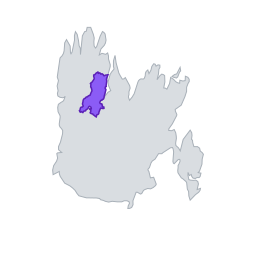 location of Limerick within Ireland, rotated 111°
{"feature_id": "IRL-726", "entity_name": "Limerick", "entity_type": "County", "adm_level": 1, "iso_a3": "IRL", "parent_name": "Ireland", "parent_adm1": "", "projection": "equal_earth", "projection_center": [-8.682, 52.516], "detail": "fine", "context": "in_parent", "style": "filled", "palette": "violet", "viewbox_px": 256, "rotation_deg": 111, "n_neighbors": 0, "source": "natural_earth", "source_scale": "10m", "svg_char_len": 6709}
<svg xmlns="http://www.w3.org/2000/svg" viewBox="0 0 256 256"><g transform="rotate(111 128 128)"><path d="M163.8,50.7L158.1,53.6L157.2,54.7L155.6,59.1L155.5,60.3L151.9,65.3L149.9,66.3L146.8,67.1L145.1,67.8L142.9,67.5L140.2,67.5L138.8,68.4L138.9,69.1L139.7,69.9L144.8,72.1L144.5,73.1L143.1,74.1L134.0,76.8L131.3,78.4L130.3,79.5L131.3,81.3L138.6,86.6L139.9,87.2L141.0,90.3L147.4,91.6L150.1,93.5L152.3,94.0L157.3,93.8L159.3,94.6L160.4,94.0L161.0,93.0L166.5,89.2L164.8,86.4L170.3,81.5L171.8,81.6L174.5,83.1L176.7,85.1L177.4,87.9L179.5,90.3L180.8,91.2L184.3,91.7L185.2,92.7L184.6,96.2L185.1,97.4L194.2,97.3L197.8,95.8L200.9,96.1L202.5,97.7L203.2,99.3L200.5,99.9L197.7,99.6L196.4,100.7L196.3,102.8L197.3,105.5L199.2,107.4L200.8,111.7L202.1,116.5L204.1,119.5L204.6,123.1L204.4,124.8L204.8,128.0L204.0,129.2L204.6,132.2L208.1,141.9L208.9,149.5L207.3,152.3L205.2,155.0L203.8,158.3L202.8,161.7L202.2,167.3L197.5,173.9L195.5,175.6L193.2,176.6L198.4,181.2L194.2,183.3L189.7,183.9L184.6,182.8L181.4,182.9L177.4,185.3L176.5,184.9L174.6,181.1L173.2,185.0L170.3,186.2L165.3,186.0L156.9,187.0L153.7,188.1L152.4,189.9L151.4,191.9L150.1,193.1L148.7,193.7L142.2,195.2L140.9,195.8L137.9,199.1L134.0,201.0L130.8,201.5L127.9,199.6L126.7,198.5L125.3,197.9L120.9,198.0L122.3,198.6L123.2,199.9L123.7,202.5L123.2,205.0L121.0,206.3L118.3,206.6L114.2,209.2L108.7,209.9L105.8,212.3L87.7,216.4L86.7,216.5L84.2,215.4L81.5,215.0L78.8,215.3L71.2,217.6L67.5,217.1L72.2,211.4L78.5,208.6L79.2,207.8L77.1,207.4L65.2,209.4L61.0,211.1L56.9,211.6L58.8,209.0L64.2,205.5L68.8,203.1L70.8,201.0L76.5,198.7L58.3,203.6L53.6,203.0L52.5,201.6L48.7,202.2L47.4,198.9L52.9,194.0L56.1,191.8L59.9,190.7L63.6,189.0L65.0,187.0L63.3,186.4L52.3,186.9L47.1,186.4L47.4,184.8L48.4,183.1L53.8,180.0L56.8,179.5L59.4,179.8L64.0,181.6L70.1,181.0L67.6,179.1L67.2,175.2L65.2,173.9L67.8,172.0L70.6,170.9L75.4,167.2L77.2,166.6L86.6,165.7L96.8,163.7L107.0,161.0L101.8,159.5L99.3,157.5L95.3,161.5L92.4,163.1L84.3,163.9L81.7,163.4L78.1,162.2L77.0,162.7L75.9,163.6L70.6,165.6L64.9,166.1L71.5,162.4L79.9,156.3L81.7,154.3L84.4,150.9L83.6,149.4L81.9,148.6L87.9,141.6L90.0,140.3L93.9,140.1L96.7,139.0L98.0,139.0L99.1,138.6L101.6,136.5L97.7,135.2L93.8,134.5L81.6,135.2L80.0,135.1L78.5,134.4L77.5,133.5L76.8,131.2L75.9,130.6L73.2,130.6L70.5,131.4L68.6,131.3L66.7,130.3L69.7,127.9L65.9,127.3L62.0,127.8L58.8,127.0L58.7,125.5L60.2,124.0L58.3,122.6L57.9,120.8L60.0,119.9L62.2,120.2L66.7,118.9L72.5,118.2L67.6,116.9L65.6,115.8L65.5,114.1L65.9,112.6L71.7,110.1L77.8,109.0L77.4,107.4L77.8,105.6L71.6,105.1L65.5,106.3L66.2,103.0L67.7,99.9L68.0,97.9L67.7,95.8L64.8,96.7L64.5,93.7L63.3,91.6L59.1,93.0L59.2,90.3L60.5,88.4L62.7,87.5L64.9,87.9L68.9,87.9L72.9,86.4L78.5,86.1L87.6,86.5L93.7,90.6L95.3,89.8L97.8,87.3L99.0,87.0L108.3,88.1L114.1,89.6L115.7,89.1L114.9,86.3L112.9,84.3L115.4,81.7L118.4,80.0L120.4,79.1L125.1,78.1L127.2,77.0L128.5,73.7L130.7,71.0L118.9,72.4L107.7,69.2L109.5,66.9L111.9,65.6L115.9,64.6L116.3,63.4L118.4,62.4L121.8,59.8L120.5,56.4L121.2,53.9L123.6,52.3L124.4,49.9L125.5,48.2L130.5,47.6L135.2,46.0L142.6,45.8L144.5,46.5L144.0,43.7L147.5,43.3L148.8,43.9L149.5,45.8L151.0,47.1L151.5,49.3L150.5,51.0L148.7,52.3L150.4,53.7L147.9,56.1L150.6,55.1L154.4,52.7L154.2,50.7L153.5,48.3L152.4,46.1L152.9,43.7L155.0,42.2L160.7,41.4L158.4,38.7L160.4,38.4L162.7,39.0L166.0,41.1L173.1,44.1L169.7,46.8L165.5,48.7L163.8,50.7ZM64.3,104.1L64.1,105.4L61.4,103.7L60.1,101.9L52.7,101.1L55.8,99.3L57.3,99.9L62.5,99.9L64.0,100.7L64.3,104.1Z" fill="#d9dde1" stroke="#a8b0b8" stroke-width="1"/><path d="M85.5,165.8L85.9,165.9L86.5,165.7L88.8,165.8L90.1,165.6L90.7,165.4L91.2,165.0L91.8,164.7L96.3,163.6L97.0,163.2L97.3,163.7L98.0,163.8L98.7,163.7L99.2,163.5L99.5,163.3L99.7,162.8L100.0,162.4L100.4,162.3L106.9,161.6L108.1,161.3L108.6,161.3L109.2,161.2L109.8,161.3L110.2,161.6L110.4,162.1L110.7,162.3L111.3,162.2L112.1,163.3L114.2,163.6L115.1,162.8L114.9,161.1L115.3,161.0L115.5,160.7L115.6,160.4L115.8,160.1L116.2,160.0L116.4,160.0L116.7,159.9L117.0,159.7L117.3,159.0L117.1,158.5L117.1,158.0L118.3,157.5L118.7,158.1L118.8,158.4L118.9,158.8L118.9,159.0L119.0,159.1L119.1,159.9L119.1,160.1L119.3,160.6L119.8,160.7L120.5,160.8L123.6,160.8L124.8,160.5L125.1,160.5L125.5,160.6L126.1,160.9L126.3,161.2L126.4,161.4L126.5,161.6L127.1,161.8L129.0,161.6L128.9,162.5L128.8,162.9L128.4,163.7L128.3,164.0L128.2,164.9L128.1,165.2L127.9,165.4L127.7,165.6L127.6,165.8L127.5,166.0L127.7,166.4L127.7,166.8L127.7,167.5L127.7,167.9L127.7,168.2L127.6,168.5L127.4,168.7L127.3,168.8L127.1,168.8L126.9,168.9L126.7,168.8L126.3,168.7L126.0,168.7L125.6,168.8L125.0,169.0L124.4,169.3L124.4,169.8L124.4,170.3L124.2,170.6L123.9,170.7L123.7,170.5L123.7,170.3L123.7,169.8L123.7,169.6L123.6,169.4L123.4,169.2L123.2,169.2L122.8,169.3L122.4,169.6L122.0,169.9L121.9,170.1L121.7,170.4L121.7,170.6L121.6,171.1L121.5,171.4L121.5,171.6L121.6,171.8L122.0,172.1L122.3,172.3L122.5,172.3L122.8,172.3L123.3,172.4L123.5,172.4L124.0,172.4L124.6,172.6L126.0,173.7L126.3,173.7L127.0,173.7L127.3,173.9L127.5,174.2L128.0,175.1L128.3,175.4L128.6,175.6L129.7,175.6L129.8,175.8L129.8,176.1L129.5,177.3L129.5,177.6L129.8,177.8L130.0,177.9L130.2,178.0L130.3,178.1L130.2,178.4L130.2,178.6L129.2,179.6L128.7,179.3L128.2,179.3L126.5,179.6L126.3,179.6L126.0,179.5L125.6,179.3L125.3,179.2L125.2,179.0L125.1,178.8L124.9,178.4L124.8,178.2L124.7,178.1L124.4,177.9L123.8,177.7L123.5,177.8L123.1,178.0L122.9,178.3L122.7,178.5L122.3,178.8L121.9,179.1L121.6,179.2L119.9,179.4L118.2,179.8L117.5,179.8L116.8,179.6L116.5,179.5L116.2,179.4L115.6,178.6L115.4,178.5L115.2,178.4L114.4,178.3L114.2,178.1L113.9,177.9L113.7,177.6L113.6,177.3L113.5,177.2L113.4,177.0L113.2,176.9L112.5,176.7L112.3,176.6L112.2,176.5L111.9,176.2L111.7,176.0L111.6,175.9L111.4,175.8L111.4,175.6L111.2,175.3L110.9,175.1L110.3,175.1L109.0,175.2L106.5,175.0L106.2,175.0L104.8,175.8L104.4,176.2L104.3,176.3L104.1,176.4L103.9,176.4L103.6,176.6L103.4,176.9L103.3,177.0L103.2,177.4L103.1,177.5L102.9,177.6L100.5,178.3L100.0,178.5L99.8,178.6L99.8,178.8L100.0,178.9L100.0,179.0L99.9,179.0L99.2,178.8L98.8,178.6L98.3,178.1L97.9,178.0L95.8,177.5L94.8,177.3L94.4,177.2L94.1,177.3L93.6,177.4L92.0,178.6L90.8,179.0L90.4,178.4L90.1,178.1L89.9,178.1L89.3,177.8L88.8,177.6L88.1,177.4L87.9,177.3L87.7,177.0L87.4,176.7L86.7,176.4L86.5,176.1L86.6,175.9L86.8,175.8L87.3,175.5L87.5,175.4L87.6,175.1L87.4,174.8L87.2,174.7L86.8,174.4L86.7,174.3L86.7,174.1L86.7,173.9L86.8,173.5L86.9,173.3L87.0,173.1L87.3,172.9L87.4,172.6L87.2,172.3L87.1,172.2L86.8,171.8L86.7,171.6L86.7,171.3L86.8,171.0L86.9,170.8L87.0,170.6L87.1,170.2L87.3,169.9L87.6,169.7L87.8,169.4L87.8,169.1L87.6,168.8L87.4,168.6L87.0,168.2L86.7,167.9L86.3,167.4L86.3,167.1L86.1,166.6L85.6,166.1L85.5,165.8Z" fill="#8b5cf6" stroke="#5b21b6" stroke-width="1.5"/></g></svg>